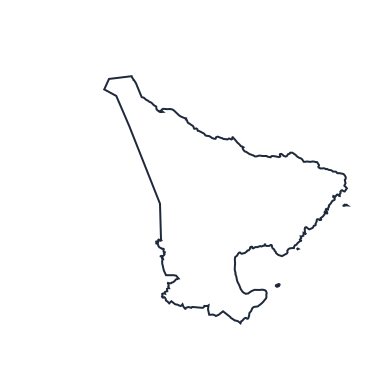 Gazelle District, East New Britain, Papua New Guinea, rotated 126°
{"feature_id": "67681753B97447526422364", "entity_name": "Gazelle District", "entity_type": "district", "adm_level": 2, "iso_a3": "PNG", "parent_name": "Papua New Guinea", "parent_adm1": "East New Britain", "projection": "robinson", "projection_center": [151.83, -4.567], "detail": "fine", "context": "isolated", "style": "outline", "palette": "slate", "viewbox_px": 384, "rotation_deg": 126, "n_neighbors": 0, "source": "geoboundaries", "source_scale": "gbopen_adm2", "svg_char_len": 5920}
<svg xmlns="http://www.w3.org/2000/svg" viewBox="0 0 384 384"><g transform="rotate(126 192 192)"><path d="M269.7,75.6L267.9,76.2L266.4,75.6L264.3,75.5L262.8,75.0L262.2,74.5L262.1,72.9L261.7,72.4L261.0,72.3L258.7,73.0L256.2,74.4L253.5,74.2L250.4,74.9L249.2,74.6L248.2,74.0L246.0,71.6L242.4,70.5L239.6,69.9L234.5,69.6L233.3,70.0L231.6,71.4L230.0,72.1L229.1,73.2L228.6,74.0L228.6,75.3L229.6,77.6L231.8,80.1L234.4,83.9L237.0,85.5L239.3,86.4L240.9,86.8L242.1,88.0L242.7,88.6L243.1,90.6L243.0,92.5L241.9,95.5L239.5,99.2L238.3,101.7L237.3,103.3L234.0,106.9L232.9,108.7L232.2,108.9L229.9,111.6L228.7,112.5L224.4,115.2L221.3,117.8L219.3,118.8L216.8,118.1L215.1,118.4L213.2,118.2L212.7,117.5L212.9,116.4L212.8,115.6L210.4,113.5L208.0,112.7L206.8,112.8L205.8,111.8L204.0,111.7L202.6,112.4L201.6,112.0L201.1,111.5L201.0,111.1L201.8,110.4L201.8,109.7L201.6,109.3L199.8,108.6L199.1,108.1L198.0,106.4L197.4,106.3L195.6,104.9L195.3,103.8L194.9,103.5L194.1,103.1L193.1,102.1L191.6,102.3L191.4,102.0L192.1,101.1L191.7,99.8L190.3,97.9L188.8,97.3L188.2,96.6L188.3,96.0L189.1,95.4L190.2,93.6L190.1,92.5L190.3,91.5L191.0,90.7L191.1,89.4L192.0,88.1L192.2,85.2L191.0,81.5L185.9,79.1L184.9,79.1L183.6,80.3L183.1,80.4L181.6,80.4L180.5,80.0L178.7,78.3L177.5,76.6L176.4,77.2L174.7,77.4L173.3,76.5L172.1,76.6L170.3,76.3L168.2,75.8L167.5,75.1L167.2,75.2L167.3,76.2L167.0,76.8L165.2,76.5L164.0,78.0L163.4,77.1L161.9,76.2L161.3,76.7L160.6,76.8L160.0,77.5L159.5,77.8L159.1,74.7L158.8,76.2L158.4,76.7L155.8,79.0L154.4,79.6L153.7,79.3L153.2,78.7L153.4,77.6L153.3,75.3L153.1,75.0L150.3,73.4L149.4,73.3L147.7,73.6L146.8,72.8L145.9,72.6L145.0,73.4L142.3,73.9L141.5,74.6L140.6,74.7L140.1,74.3L139.6,73.3L139.7,72.3L138.9,71.3L138.4,71.3L137.5,72.6L134.8,71.7L131.5,71.7L131.1,71.9L130.4,72.9L130.2,72.9L130.4,71.1L129.9,70.1L129.6,70.1L128.5,71.4L128.5,72.5L128.0,73.2L127.5,73.5L126.8,73.5L126.2,71.7L124.5,72.6L123.3,72.5L122.4,73.4L119.9,73.0L116.7,73.2L114.9,72.2L114.3,72.1L113.1,73.0L112.9,74.0L113.0,74.9L112.1,75.3L111.4,73.3L109.0,73.2L108.4,72.7L108.7,70.7L108.4,70.1L107.4,70.9L106.6,71.2L105.4,71.2L104.7,72.1L102.9,72.1L102.3,71.5L102.3,70.3L102.1,69.2L101.8,68.8L98.1,68.8L97.8,69.4L97.8,70.2L97.4,71.0L97.5,72.2L97.1,72.6L94.7,72.9L92.4,75.5L91.2,75.4L90.1,75.9L89.3,76.9L88.5,79.1L88.5,80.4L90.2,84.0L91.1,85.0L91.3,85.7L91.0,87.2L91.1,87.7L92.6,90.0L92.5,91.9L93.8,94.7L94.0,96.4L94.9,97.2L95.0,98.8L97.5,102.0L97.7,104.1L97.0,104.8L96.0,104.8L95.5,105.2L94.3,108.3L94.4,108.7L95.1,109.4L95.5,110.8L96.3,112.2L98.1,114.0L99.8,117.0L100.8,117.9L101.9,119.4L100.8,122.1L100.8,123.6L101.4,125.7L101.5,128.0L101.1,129.8L101.2,133.8L102.3,135.5L102.8,135.7L103.5,135.5L105.0,136.5L107.2,136.4L108.2,137.0L108.9,138.9L108.6,141.1L108.8,142.3L109.4,143.0L110.2,142.9L111.3,141.5L111.9,141.6L112.7,142.3L114.6,146.4L115.8,148.3L116.4,148.8L117.7,148.8L119.1,151.9L119.0,152.8L121.6,156.3L122.1,157.6L123.2,159.2L124.8,160.3L126.0,161.6L126.3,162.5L126.3,163.9L126.7,164.7L127.0,166.3L127.5,167.5L127.7,171.8L128.1,172.7L128.0,174.3L127.2,176.3L126.7,176.8L125.6,176.6L125.7,178.1L126.2,179.3L125.6,181.7L125.3,184.7L124.7,186.6L123.7,191.2L124.2,191.4L125.7,190.7L126.3,191.0L126.8,193.1L127.2,193.7L128.5,194.1L128.9,194.6L129.3,195.6L130.6,197.7L130.7,199.1L131.1,199.9L132.0,203.5L132.5,204.1L133.7,204.7L134.9,204.2L135.2,204.3L135.9,205.4L136.5,207.4L136.6,210.7L138.2,213.8L138.3,214.6L137.8,215.9L137.7,217.0L138.6,222.6L139.1,223.3L138.0,224.8L138.0,225.7L139.5,227.3L139.1,228.3L138.2,229.3L138.0,230.4L138.2,232.3L138.1,234.3L138.4,235.0L138.3,236.3L136.8,238.6L136.8,239.0L137.0,239.6L135.9,240.0L136.7,241.9L137.5,245.4L137.6,247.6L136.7,254.2L136.7,255.9L136.9,256.7L137.8,258.6L139.4,260.5L141.7,264.3L143.0,264.8L144.1,264.8L145.1,265.4L145.2,265.0L144.3,263.9L144.3,262.6L145.9,264.5L146.2,265.5L146.2,268.1L145.8,269.5L143.9,271.2L144.2,273.8L143.6,277.4L144.1,279.7L144.0,281.8L144.3,282.6L144.3,284.3L144.0,286.0L144.3,287.2L144.7,287.9L144.7,288.7L136.8,301.5L135.6,304.7L135.8,305.1L135.3,305.7L134.5,308.0L133.8,308.9L149.3,325.6L160.6,323.3L158.8,309.7L175.5,281.6L220.3,211.0L248.6,189.2L249.1,188.3L250.0,188.9L250.0,190.9L250.1,191.1L250.9,191.1L251.3,190.3L251.8,190.4L252.2,190.0L252.8,189.9L253.2,190.4L253.1,191.4L253.1,191.8L253.3,191.8L254.1,190.8L254.6,190.6L254.0,189.1L255.2,187.8L255.9,186.1L255.7,184.1L255.4,183.4L255.6,182.7L254.8,181.8L254.8,181.3L256.7,180.2L257.1,179.7L257.1,179.2L256.7,178.6L257.1,178.3L258.3,178.4L258.8,177.5L259.3,177.6L260.5,177.7L261.3,178.4L261.5,179.0L262.3,179.6L262.5,179.5L261.9,177.8L262.1,177.6L262.4,177.9L263.3,177.3L263.2,176.0L263.4,175.8L263.8,176.2L265.4,175.6L267.4,174.0L272.0,168.7L274.6,164.1L270.2,158.1L269.0,155.7L269.9,152.0L270.3,152.4L271.0,152.6L271.6,153.3L272.5,153.7L273.4,153.6L274.9,153.9L276.4,154.4L277.1,155.1L278.2,155.4L279.3,156.8L279.6,158.0L279.9,158.0L281.0,156.3L281.7,155.7L282.4,155.7L283.3,154.1L283.7,154.7L285.1,155.3L286.8,153.7L287.3,154.2L288.7,155.1L289.5,155.0L290.1,154.1L290.4,155.1L291.7,156.2L292.1,156.2L292.6,155.3L293.4,155.0L294.8,154.9L294.5,154.8L294.7,153.7L294.4,153.2L293.5,152.9L293.3,152.2L294.0,150.4L295.1,149.3L295.0,147.4L295.5,145.0L292.5,144.5L292.7,139.8L292.3,138.6L291.7,137.7L291.3,135.2L290.8,134.1L290.1,133.8L288.4,133.7L289.8,131.6L290.5,128.8L290.2,128.6L289.7,128.9L289.0,128.7L287.1,127.2L286.0,124.4L284.9,124.3L279.6,115.5L278.8,114.9L277.4,114.7L276.9,115.0L275.2,112.5L274.0,112.0L277.5,110.1L281.2,105.9L278.8,102.9L278.3,101.1L278.3,99.8L275.5,98.2L270.3,96.8L270.6,87.6L271.0,86.6L270.8,83.5L270.8,81.9L270.3,81.1L269.5,78.7L269.7,75.6ZM218.2,69.3L218.8,68.8L218.8,67.7L218.4,67.2L217.1,66.4L216.2,66.4L215.3,66.8L215.3,67.3L215.5,67.8L218.2,69.3ZM113.9,61.5L114.1,61.3L113.3,60.3L112.7,60.2L112.4,60.5L112.5,61.1L113.9,61.5ZM176.1,73.4L176.3,72.9L175.5,72.4L175.6,73.3L176.1,73.4ZM111.8,59.9L112.1,59.4L111.5,58.4L111.5,59.6L111.8,59.9Z" fill="none" stroke="#1e293b" stroke-width="2"/></g></svg>